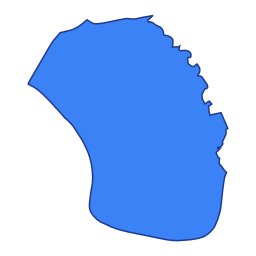 Le Chan, Hải Phòng, Vietnam
{"feature_id": "81297802B93912769577432", "entity_name": "Le Chan", "entity_type": "district", "adm_level": 2, "iso_a3": "VNM", "parent_name": "Vietnam", "parent_adm1": "Hải Phòng", "projection": "albers", "projection_center": [106.683, 20.836], "detail": "fine", "context": "isolated", "style": "filled", "palette": "blue", "viewbox_px": 256, "rotation_deg": 0, "n_neighbors": 0, "source": "geoboundaries", "source_scale": "gbopen_adm2", "svg_char_len": 2472}
<svg xmlns="http://www.w3.org/2000/svg" viewBox="0 0 256 256"><path d="M28.2,84.1L34.4,87.4L36.1,88.6L37.2,89.4L40.0,91.6L43.2,94.5L46.6,97.9L51.2,102.6L54.7,106.5L60.7,113.1L62.1,114.7L64.6,117.7L67.5,120.1L71.2,123.9L73.6,126.8L79.7,136.2L82.7,141.0L86.0,147.7L88.3,153.1L89.7,157.3L90.8,161.4L91.6,165.3L92.3,171.0L92.7,177.2L92.7,177.5L92.5,180.8L92.2,184.5L90.6,193.8L89.6,202.2L89.4,206.3L89.8,209.2L91.0,212.5L93.0,215.4L96.7,219.2L100.4,221.9L105.8,224.3L111.2,226.9L118.9,229.6L127.5,231.8L166.0,239.6L172.1,240.4L176.2,240.6L178.7,240.6L190.5,239.7L197.6,238.5L203.5,236.8L207.9,234.0L210.4,231.8L213.4,228.5L215.0,225.7L217.4,220.1L219.0,215.2L220.0,211.4L220.7,208.2L222.9,188.3L224.1,179.9L225.0,176.0L226.6,172.4L224.5,170.6L221.7,166.5L220.0,164.6L219.4,163.6L219.3,163.1L219.3,162.6L219.2,161.6L219.6,158.2L218.6,157.7L218.2,157.4L216.1,153.0L216.3,152.3L218.4,150.2L219.2,149.4L219.7,149.0L217.7,148.4L218.1,147.2L220.8,147.4L220.9,146.4L221.9,145.5L222.6,144.4L222.8,143.6L222.7,142.8L222.3,142.2L224.2,138.0L225.9,134.2L226.1,132.3L225.8,130.0L226.3,129.4L227.8,128.4L226.4,125.2L225.2,122.4L221.0,112.7L211.3,114.8L209.9,115.2L209.1,111.3L208.5,106.4L211.8,104.0L211.3,103.5L211.0,103.1L209.6,101.5L209.2,101.1L204.7,103.9L202.3,98.5L201.9,94.9L204.3,89.8L204.6,89.4L205.2,89.0L206.5,88.5L207.2,88.1L207.5,87.4L207.7,86.8L207.5,85.9L207.2,84.7L203.0,78.5L201.9,76.9L200.6,76.1L199.0,76.0L197.8,75.8L197.9,75.0L199.2,73.1L199.8,70.9L199.8,69.2L199.5,67.7L198.6,66.3L197.9,65.2L197.4,64.4L196.9,64.0L196.0,64.5L195.1,65.7L194.1,66.3L193.2,66.5L191.8,66.3L190.0,65.1L189.5,64.8L189.1,64.5L188.4,64.0L188.0,62.7L187.6,58.6L187.8,57.5L188.3,57.4L189.4,57.5L190.0,57.5L190.8,56.8L191.0,55.4L190.8,53.7L190.2,52.6L188.9,51.4L188.1,51.1L186.7,50.5L183.7,50.4L181.1,50.7L180.3,50.7L179.2,50.1L179.0,49.3L179.6,46.1L178.9,46.7L178.4,46.8L174.5,46.9L172.4,47.2L172.5,46.5L173.0,42.7L172.7,39.4L171.3,37.6L169.7,36.7L168.5,36.0L167.4,35.7L165.7,35.4L164.1,35.0L163.6,34.4L163.4,32.1L162.8,30.2L161.7,28.6L161.0,27.7L160.4,27.2L156.2,25.3L153.3,23.2L152.4,22.6L150.5,22.0L150.0,21.8L148.5,22.1L147.9,20.9L147.9,20.3L153.0,15.4L151.6,15.8L143.0,17.3L139.1,18.1L134.3,19.1L126.3,18.5L116.2,20.4L115.0,20.7L103.2,23.1L98.1,23.7L94.8,23.8L93.2,23.5L90.4,22.0L87.1,19.8L85.0,21.5L81.2,24.6L77.5,27.2L73.9,29.0L72.6,29.5L71.3,30.0L64.9,31.6L60.2,32.7L53.8,40.1L52.3,42.2L50.7,44.6L30.2,79.8L28.9,82.3L28.2,84.1Z" fill="#3b82f6" stroke="#1e3a8a" stroke-width="1.5"/></svg>